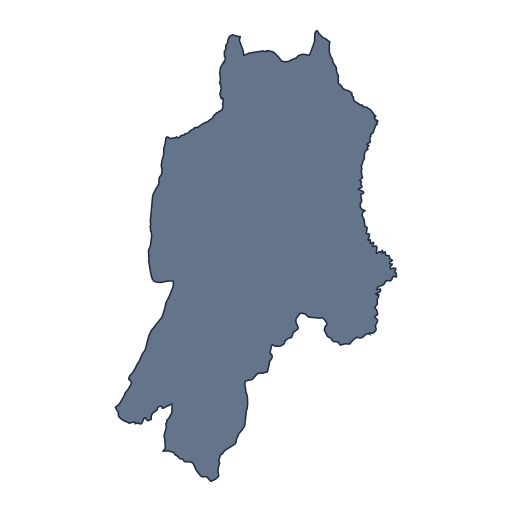 outline of Quipile, Cundinamarca, Colombia
{"feature_id": "7082276B57635529739763", "entity_name": "Quipile", "entity_type": "district", "adm_level": 2, "iso_a3": "COL", "parent_name": "Colombia", "parent_adm1": "Cundinamarca", "projection": "orthographic", "projection_center": [-74.547, 4.71], "detail": "fine", "context": "isolated", "style": "filled", "palette": "slate", "viewbox_px": 512, "rotation_deg": 0, "n_neighbors": 0, "source": "geoboundaries", "source_scale": "gbopen_adm2", "svg_char_len": 6038}
<svg xmlns="http://www.w3.org/2000/svg" viewBox="0 0 512 512"><path d="M163.1,451.1L168.1,450.8L173.8,452.6L174.9,454.6L177.8,456.4L179.7,458.6L183.0,459.5L184.0,461.2L185.6,461.9L188.4,461.6L191.9,462.5L193.1,463.4L195.9,469.7L197.7,472.4L201.2,476.4L202.2,476.8L206.5,476.6L210.5,481.1L211.2,481.3L215.7,479.1L218.5,476.5L218.7,475.5L217.9,470.8L218.4,467.2L219.7,462.8L218.6,460.1L219.3,459.0L220.4,455.0L222.6,453.7L223.6,451.9L225.4,450.1L234.8,444.2L236.0,442.4L236.7,438.2L237.7,436.9L238.8,433.7L242.3,429.7L244.6,426.0L245.6,418.6L245.3,417.2L245.8,416.6L246.4,410.7L247.0,409.1L247.7,404.4L247.5,397.9L246.7,393.8L246.0,392.5L244.8,383.9L245.3,381.1L251.8,379.6L252.8,379.0L257.3,373.7L259.6,373.1L263.1,373.2L264.5,372.5L267.0,372.1L267.5,371.4L269.1,364.9L269.4,361.9L271.9,358.1L272.2,356.7L272.1,355.3L270.0,352.8L271.7,345.4L272.8,344.7L275.0,346.2L280.5,346.1L284.0,344.0L284.7,341.6L286.7,339.5L288.5,338.3L291.6,337.4L293.3,332.5L298.0,328.9L298.1,327.1L296.2,323.1L295.8,320.1L296.4,318.2L300.0,313.4L302.0,313.2L305.4,314.1L308.6,317.1L318.8,318.1L322.9,317.9L326.4,322.1L326.6,323.3L326.7,325.0L326.4,325.5L325.4,325.9L324.2,329.9L327.1,336.0L328.5,337.2L330.7,338.0L331.9,340.2L333.8,341.7L335.9,341.6L338.0,342.2L340.2,345.0L340.9,345.2L342.5,344.3L343.6,344.4L344.4,343.9L349.7,344.0L352.9,340.2L356.9,337.1L359.4,338.0L361.1,337.9L363.3,336.9L364.8,335.2L367.1,333.8L368.3,333.7L369.8,334.3L369.2,333.4L369.6,332.8L372.6,333.2L373.9,332.6L375.2,331.0L376.2,329.5L375.4,325.6L377.6,321.1L377.5,319.8L374.6,317.0L375.3,315.8L376.8,315.4L377.7,314.3L376.7,309.9L375.0,307.9L375.6,306.1L377.3,304.4L377.2,299.4L378.3,297.6L378.9,294.9L378.2,294.6L376.4,294.8L375.9,293.7L379.7,292.2L380.6,290.5L380.4,289.0L377.1,289.5L376.9,288.4L378.1,287.0L383.7,284.6L386.2,280.6L390.3,280.8L391.6,279.8L393.0,276.4L396.1,277.0L396.6,276.4L396.1,273.3L394.7,271.8L395.8,269.5L395.5,268.2L394.3,268.0L390.7,268.8L390.1,267.9L390.3,266.7L392.1,264.7L392.1,264.0L390.0,263.9L389.5,262.9L389.9,262.0L392.0,260.9L392.4,260.3L390.0,258.9L389.1,255.8L385.8,255.2L385.0,251.9L382.5,253.0L382.6,251.1L382.3,250.5L380.5,252.1L378.7,251.8L377.4,253.2L376.7,253.2L376.3,252.2L377.0,247.6L376.6,246.4L375.9,246.0L373.5,246.4L372.5,246.2L372.6,245.2L373.7,243.7L373.7,242.7L372.9,242.3L371.2,243.3L370.3,243.3L370.4,239.9L369.9,239.7L368.7,240.3L368.0,239.9L369.4,236.1L369.4,234.5L368.9,233.8L367.2,234.0L366.3,233.5L367.2,227.8L364.9,225.8L364.1,219.4L362.1,215.6L362.9,211.9L365.0,210.9L364.8,210.4L362.1,209.5L360.1,206.8L360.4,205.6L360.2,203.5L361.4,202.4L361.7,200.2L360.6,194.4L363.4,193.4L363.7,192.7L363.4,191.7L358.5,189.3L358.8,188.8L361.6,187.5L362.1,186.4L360.9,184.3L361.4,181.6L359.7,180.5L362.1,178.1L362.6,177.1L361.7,175.4L361.8,173.6L361.2,171.5L361.9,169.2L361.2,165.4L362.1,164.6L363.0,160.8L364.3,159.0L364.4,153.8L364.8,152.5L366.1,150.3L367.9,149.4L367.2,147.7L368.9,145.6L368.6,145.1L367.3,145.2L367.0,144.2L367.5,143.5L369.9,142.5L370.3,141.5L369.7,137.9L370.7,136.6L370.9,134.5L373.2,132.6L375.6,125.4L377.1,124.4L377.1,122.7L376.6,122.1L377.7,121.8L377.8,121.0L377.3,120.4L374.9,119.5L374.9,118.3L374.3,117.1L375.7,116.5L375.6,115.8L374.8,116.0L374.2,114.5L370.4,109.6L368.4,108.6L366.9,107.2L363.6,106.9L362.1,104.9L360.7,105.2L354.2,100.9L353.4,99.0L353.5,97.2L352.0,95.6L352.1,93.9L351.6,92.8L348.6,90.8L346.0,90.2L342.9,88.5L341.9,86.6L339.9,84.3L338.5,83.7L338.1,82.3L338.5,80.7L338.0,79.6L338.4,78.2L338.3,75.4L336.7,72.5L336.2,67.4L332.9,62.2L332.6,59.6L331.0,56.8L329.3,52.1L329.3,44.9L329.8,41.9L325.6,38.8L323.0,37.7L319.1,33.6L317.2,30.7L316.3,31.0L315.5,31.9L314.9,33.4L314.5,41.7L309.8,54.6L309.1,55.0L306.9,55.0L303.8,54.2L301.9,54.4L298.2,55.7L296.2,58.0L291.2,59.9L288.3,61.5L284.8,61.7L281.6,61.1L278.7,57.2L273.6,52.1L268.3,50.6L266.9,50.8L266.9,51.5L266.5,51.6L266.3,51.2L264.8,51.5L263.0,50.9L261.3,51.2L261.0,51.6L259.4,51.4L249.0,53.1L243.7,55.5L243.4,51.3L239.4,40.4L240.2,36.6L238.0,36.4L232.5,34.8L229.9,36.1L228.7,37.8L227.8,40.3L227.8,42.8L225.8,45.2L225.8,49.2L224.3,51.7L224.4,56.3L225.4,57.9L225.4,58.8L224.3,61.5L223.6,62.0L224.1,62.5L223.2,62.9L220.5,67.5L219.7,73.1L220.4,78.3L220.1,81.2L219.5,82.7L220.0,83.3L219.9,84.1L221.1,85.3L220.8,86.9L221.4,88.7L220.6,89.9L220.8,91.6L219.9,93.0L220.0,94.5L221.1,98.5L221.6,98.8L222.3,98.1L223.4,98.8L223.0,100.5L223.4,101.6L222.4,104.2L223.3,105.8L221.8,110.1L218.5,111.7L218.2,112.4L216.3,113.0L215.0,114.7L214.1,115.1L212.2,118.7L210.6,119.3L207.0,122.2L206.0,122.1L205.2,122.8L204.0,123.0L197.7,127.3L194.6,127.7L193.2,129.2L192.1,129.5L189.3,131.5L188.4,132.9L184.9,133.8L184.3,134.9L181.3,135.4L179.0,137.7L178.2,137.9L176.6,136.9L175.2,137.9L173.7,137.8L171.1,138.5L170.0,138.4L167.9,137.0L166.9,136.9L166.0,137.8L165.1,144.0L163.8,148.1L163.6,155.1L162.2,159.5L161.2,165.2L162.0,170.4L161.7,173.1L161.3,174.7L159.4,177.4L158.8,181.3L159.1,183.4L158.6,184.6L155.9,188.8L152.7,195.4L150.3,221.1L150.8,224.8L150.0,226.8L150.6,228.5L150.4,230.8L151.2,231.8L151.7,235.7L150.3,246.1L148.5,250.3L148.9,259.5L148.7,261.1L150.9,274.4L152.2,278.9L154.0,281.3L157.9,282.4L162.2,282.4L164.0,281.7L169.2,281.0L172.9,281.0L173.4,281.5L173.1,286.7L168.6,297.8L165.9,302.6L165.0,307.7L162.0,317.1L151.3,330.6L148.9,335.5L145.1,350.1L142.4,353.8L139.0,361.5L137.3,363.9L135.0,368.8L132.7,372.6L129.6,376.0L129.0,377.4L128.8,379.5L131.0,381.2L131.3,382.9L130.7,384.9L128.0,389.4L124.8,393.5L124.5,395.2L120.0,403.0L118.4,404.9L115.4,407.2L117.2,410.9L118.3,412.0L118.5,416.3L121.0,418.8L124.0,420.9L127.9,422.4L129.3,423.4L131.8,422.4L134.8,422.1L135.2,422.6L135.2,423.7L137.5,423.2L141.0,424.0L142.1,422.7L144.1,418.1L145.7,418.1L146.6,419.9L147.5,420.6L148.2,420.7L151.2,419.4L151.2,416.3L151.9,414.4L153.1,412.8L156.9,410.3L157.7,407.9L158.8,406.6L161.2,406.2L162.0,406.8L162.2,408.3L162.8,408.2L164.9,407.6L166.6,406.2L169.0,405.6L170.9,404.2L172.1,404.2L171.8,412.8L168.9,418.0L166.9,420.1L166.8,422.3L165.8,423.7L166.3,427.2L164.0,435.7L164.7,439.3L165.3,446.7L165.0,448.8L163.1,451.1Z" fill="#64748b" stroke="#1e293b" stroke-width="1.5"/></svg>